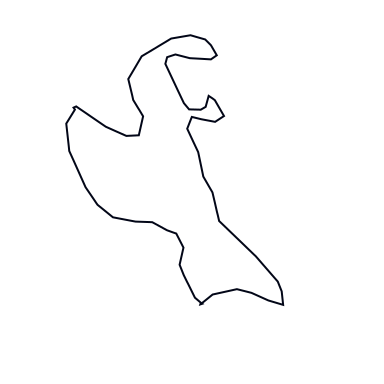 the district of Gbor, Nimba, Liberia, rotated 240°
{"feature_id": "62588387B71745180805277", "entity_name": "Gbor", "entity_type": "district", "adm_level": 2, "iso_a3": "LBR", "parent_name": "Liberia", "parent_adm1": "Nimba", "projection": "natural_earth1", "projection_center": [-8.695, 7.096], "detail": "fine", "context": "isolated", "style": "outline", "palette": "ink", "viewbox_px": 384, "rotation_deg": 240, "n_neighbors": 0, "source": "geoboundaries", "source_scale": "gbopen_adm2", "svg_char_len": 1327}
<svg xmlns="http://www.w3.org/2000/svg" viewBox="0 0 384 384"><g transform="rotate(240 192 192)"><path d="M324.3,131.6L321.9,131.8L314.1,117.3L292.9,108.0L288.9,106.2L278.6,105.2L249.3,102.2L234.8,103.3L230.2,103.6L228.1,103.8L209.6,110.9L198.8,123.4L194.6,128.3L187.3,140.0L185.7,142.5L171.4,151.2L166.3,155.5L163.9,157.6L148.1,156.8L135.2,144.9L124.2,143.3L116.8,142.8L114.4,142.7L99.0,141.7L91.7,144.3L90.5,143.0L90.1,144.9L90.7,144.6L91.9,152.3L92.9,158.6L85.4,182.3L79.2,188.7L74.9,193.1L59.9,203.9L48.7,214.5L61.1,220.0L71.5,221.5L93.6,217.2L104.5,215.1L107.1,214.3L131.5,207.3L153.3,201.0L159.2,202.8L162.4,203.7L171.4,206.5L181.4,209.5L199.2,209.5L199.7,209.5L208.2,212.3L221.6,216.7L223.5,217.3L235.5,218.3L249.2,219.5L253.2,224.5L257.1,229.4L250.4,236.4L241.2,247.1L241.7,255.8L241.8,257.7L260.1,257.7L262.9,256.5L266.9,254.5L258.9,246.4L258.9,240.7L259.8,239.3L265.0,230.8L273.0,229.4L286.7,230.5L316.3,233.0L320.6,237.3L321.2,237.9L319.4,246.4L309.0,257.0L304.5,263.9L297.4,274.7L298.0,281.8L309.6,281.8L317.5,279.7L323.9,273.5L328.5,269.1L335.3,250.7L334.9,229.6L334.7,216.3L329.3,206.8L321.7,193.3L305.5,188.5L301.1,187.1L291.8,187.3L289.4,187.4L282.0,187.5L267.7,174.3L273.4,163.2L281.9,157.0L291.6,150.0L296.8,147.5L322.7,135.1L324.0,134.5L324.3,131.6Z" fill="none" stroke="#020617" stroke-width="2"/></g></svg>